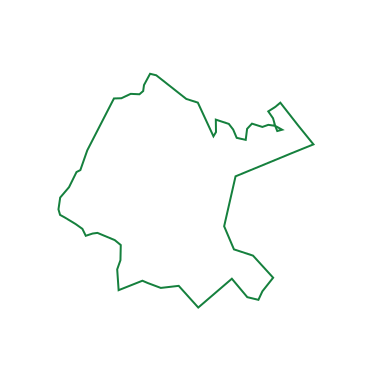 Silveira Martins, Rio Grande do Sul, Brazil (Equal Earth projection), rotated 337°
{"feature_id": "56859067B90684359487697", "entity_name": "Silveira Martins", "entity_type": "district", "adm_level": 2, "iso_a3": "BRA", "parent_name": "Brazil", "parent_adm1": "Rio Grande do Sul", "projection": "equal_earth", "projection_center": [-53.557, -29.638], "detail": "fine", "context": "isolated", "style": "outline", "palette": "green", "viewbox_px": 384, "rotation_deg": 337, "n_neighbors": 0, "source": "geoboundaries", "source_scale": "gbopen_adm2", "svg_char_len": 936}
<svg xmlns="http://www.w3.org/2000/svg" viewBox="0 0 384 384"><g transform="rotate(337 192 192)"><path d="M294.4,163.6L288.5,160.0L282.2,159.6L273.9,152.5L267.4,155.4L261.8,165.0L254.3,159.6L254.3,150.6L252.5,143.7L242.2,134.7L237.5,146.2L233.5,149.1L232.3,112.0L223.1,104.1L204.7,70.6L199.6,66.8L189.6,74.8L186.5,80.0L181.8,81.5L173.9,77.7L163.6,78.1L156.7,75.4L111.9,112.7L97.8,128.2L93.5,128.5L80.7,139.5L68.5,145.6L62.3,155.8L61.6,161.5L64.9,165.7L72.4,176.1L76.7,183.1L77.1,190.8L84.3,191.4L89.0,192.7L102.1,206.1L105.7,213.0L99.5,226.8L92.9,234.0L86.1,253.7L111.7,254.3L115.7,258.5L125.8,268.1L143.1,273.2L152.6,300.8L194.8,287.4L201.8,310.4L211.0,317.2L218.0,310.9L233.2,302.6L223.3,274.4L208.2,261.2L208.2,236.1L238.2,194.6L297.7,195.2L322.4,195.6L315.7,172.2L308.2,144.3L302.0,146.2L293.7,147.6L295.4,155.8L294.4,163.6ZM294.4,163.6L299.3,169.9L294.3,169.2L294.4,163.6Z" fill="none" stroke="#15803d" stroke-width="2"/></g></svg>